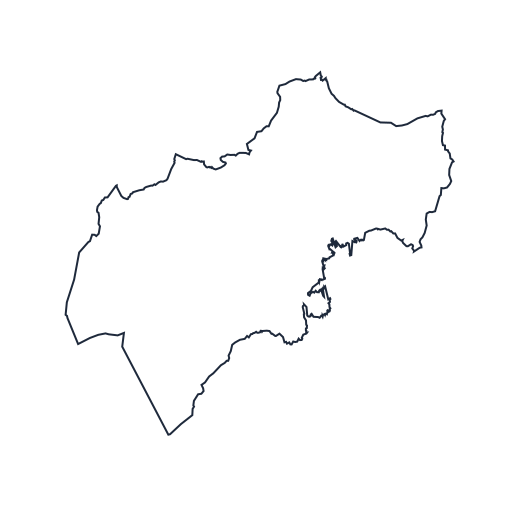 Oslo nor, Oslo, Norway (Natural Earth projection), rotated 282°
{"feature_id": "86288312B18463313731869", "entity_name": "Oslo nor", "entity_type": "district", "adm_level": 2, "iso_a3": "NOR", "parent_name": "Norway", "parent_adm1": "Oslo", "projection": "natural_earth1", "projection_center": [10.768, 59.972], "detail": "fine", "context": "isolated", "style": "outline", "palette": "slate", "viewbox_px": 512, "rotation_deg": 282, "n_neighbors": 0, "source": "geoboundaries", "source_scale": "gbopen_adm2", "svg_char_len": 6134}
<svg xmlns="http://www.w3.org/2000/svg" viewBox="0 0 512 512"><g transform="rotate(282 256 256)"><path d="M433.9,402.0L432.3,401.7L431.0,399.9L430.6,397.7L428.3,394.9L428.3,392.8L424.2,385.3L416.5,376.6L414.0,371.6L412.2,366.1L414.4,360.3L412.5,349.9L418.8,322.5L418.9,321.5L418.5,321.2L419.8,319.5L419.3,318.7L420.6,315.3L421.0,312.5L422.5,311.4L422.3,310.4L424.0,305.2L426.9,300.9L428.9,298.9L430.4,296.2L435.2,292.4L441.6,289.3L442.1,288.5L443.1,288.2L443.0,287.6L444.5,287.2L441.4,284.7L442.0,284.0L441.7,283.0L443.7,282.2L444.0,282.9L445.2,283.0L445.9,281.9L449.0,280.6L444.4,277.0L443.1,276.4L442.3,277.1L441.7,276.8L441.3,275.5L440.6,275.1L439.7,271.3L437.4,268.1L437.7,267.2L437.0,265.8L437.9,263.1L437.3,258.3L433.6,252.5L430.3,249.1L427.5,243.5L421.0,242.7L419.7,243.2L416.7,246.5L413.5,247.3L411.0,246.7L406.7,247.2L400.4,246.7L391.6,242.6L385.5,241.5L385.1,239.3L382.4,237.0L379.2,235.4L377.6,231.2L370.8,230.1L363.7,223.8L358.2,226.5L358.1,229.1L356.0,228.1L354.0,228.1L354.7,224.6L353.5,218.5L352.2,216.8L350.0,215.3L350.5,213.9L349.5,210.0L349.3,206.8L346.9,204.6L346.2,202.2L344.3,200.9L342.6,201.6L341.2,204.0L341.1,206.7L340.2,207.3L338.2,206.3L335.2,203.2L332.3,198.6L332.6,196.1L333.8,194.4L332.9,194.0L333.5,192.6L333.1,192.2L333.4,191.5L332.5,189.9L332.6,189.0L334.8,186.2L337.6,185.3L336.9,183.4L337.3,183.1L336.7,182.4L337.6,178.3L336.9,175.1L336.9,168.8L336.2,167.5L338.9,156.4L333.8,155.9L332.7,156.7L331.3,156.4L330.2,157.0L323.5,155.0L313.1,153.4L311.5,152.6L309.4,149.6L309.1,147.4L307.8,145.5L304.6,142.9L305.0,141.7L303.3,140.2L303.1,138.8L300.7,134.3L299.4,132.8L297.7,132.3L296.0,128.1L292.8,122.4L291.5,122.0L290.6,120.5L287.6,120.0L287.1,119.1L285.2,118.9L284.8,118.1L285.3,114.3L286.7,111.8L294.5,105.5L296.1,105.1L295.5,104.4L282.5,98.6L281.8,96.0L279.1,95.0L278.2,93.6L275.4,93.2L274.6,92.3L271.4,90.8L267.8,90.9L266.2,91.5L265.5,93.0L261.3,94.6L254.7,95.3L252.6,97.2L245.1,97.5L242.3,95.6L243.2,93.8L242.8,91.3L236.0,90.5L234.8,89.1L222.7,82.3L195.1,83.0L171.4,80.6L158.9,82.0L158.1,83.6L156.1,84.5L132.9,100.3L141.3,110.6L146.1,118.1L149.0,124.9L148.8,128.3L149.6,137.2L153.3,142.8L139.5,144.0L63.0,207.4L63.8,209.0L76.1,217.6L87.1,226.8L93.3,225.8L95.8,226.7L96.8,225.8L101.4,225.4L108.7,228.1L109.9,231.2L113.0,232.8L115.6,231.8L118.6,229.5L121.7,232.4L128.4,235.2L132.5,238.7L141.9,244.4L144.9,247.6L147.4,249.1L147.7,250.6L150.6,251.0L152.9,249.9L157.7,251.1L164.2,251.2L167.1,253.6L170.7,257.7L172.6,262.2L175.9,263.9L174.9,265.9L178.5,267.3L179.0,268.7L180.0,269.3L180.5,270.6L181.9,271.9L181.2,273.1L181.3,274.0L182.2,275.8L183.8,276.1L183.9,276.9L183.1,277.6L184.0,278.0L185.2,282.1L185.4,284.8L183.1,287.3L183.4,288.0L181.8,291.4L181.9,292.1L184.9,295.1L182.3,299.3L177.5,301.8L178.3,303.3L176.7,304.5L178.4,306.5L176.7,308.0L176.9,309.2L180.1,310.2L180.0,312.2L180.8,314.1L184.0,314.9L182.9,316.4L183.3,318.1L184.7,318.5L185.5,317.8L188.9,318.6L190.6,321.4L191.7,321.9L191.4,321.0L193.9,320.8L193.2,320.5L193.8,320.2L195.5,319.9L196.1,320.7L198.6,320.3L199.2,319.4L203.4,318.3L206.0,315.8L209.0,314.9L209.5,315.3L215.8,312.3L216.8,312.3L217.9,313.3L218.7,313.0L216.6,316.0L208.4,318.5L207.7,319.8L208.0,321.3L209.6,321.7L208.7,321.8L209.1,322.2L210.3,321.8L211.0,322.4L208.5,324.9L209.2,329.5L208.8,331.1L211.3,332.3L211.5,333.0L211.0,333.4L211.8,333.3L211.2,333.8L212.1,333.8L213.3,335.0L212.9,335.4L213.6,335.3L214.0,336.0L213.4,336.4L214.7,337.2L214.4,337.5L215.7,337.6L216.2,338.3L217.1,337.1L217.8,337.3L217.3,339.0L217.4,339.5L218.5,339.5L217.9,339.9L219.3,339.0L220.3,339.6L221.3,338.5L224.0,337.8L224.9,336.7L226.5,337.9L228.6,337.1L229.4,337.7L230.1,337.2L228.6,335.7L240.5,330.0L239.7,329.6L240.1,329.1L238.5,329.4L238.9,329.1L238.3,329.0L238.7,328.2L238.2,328.1L230.3,331.0L231.0,330.0L236.7,326.6L235.6,326.1L236.0,325.5L235.3,325.0L233.6,325.0L233.3,323.2L234.4,321.6L232.3,320.6L232.8,319.2L231.6,318.0L231.8,317.3L228.3,316.7L228.8,315.1L229.7,314.7L230.6,314.6L233.3,317.0L237.2,317.9L243.1,322.9L245.0,322.6L244.9,323.0L244.1,323.0L243.6,323.3L246.5,323.3L246.2,324.9L246.7,324.8L246.7,326.3L248.1,328.2L248.9,327.9L248.7,327.2L257.7,323.6L256.4,324.7L258.3,325.8L258.9,324.9L258.5,322.8L259.3,324.8L260.3,324.2L260.5,324.9L261.0,324.9L260.6,324.0L264.0,322.1L264.4,322.7L265.1,321.8L265.5,321.9L264.7,323.2L265.8,322.0L266.7,322.2L265.9,323.5L266.9,322.3L267.4,322.4L266.9,323.3L267.7,322.8L267.7,324.8L266.4,325.2L266.5,325.6L267.6,325.3L268.9,328.1L270.0,328.2L272.7,331.5L273.2,331.3L273.1,331.8L274.0,331.9L274.7,330.7L275.5,331.9L276.0,331.2L275.3,329.7L276.6,329.9L278.4,326.5L278.1,326.3L280.9,324.5L282.9,324.9L281.7,324.7L281.2,325.7L282.8,326.2L282.6,327.2L284.0,327.6L282.6,327.7L282.2,328.5L283.9,328.8L286.4,326.5L288.6,326.7L289.1,327.4L281.1,332.0L282.6,333.1L286.6,330.7L287.3,331.1L282.6,336.7L283.0,336.9L282.3,337.8L283.0,338.4L285.8,337.9L283.5,339.7L285.4,342.0L287.0,341.6L287.9,342.8L287.3,344.3L278.9,347.2L279.2,347.9L278.9,348.2L277.3,348.5L277.0,347.8L278.0,347.5L277.6,347.1L276.0,347.9L276.7,349.0L290.7,347.2L290.1,349.5L290.5,349.6L290.1,351.2L290.7,351.4L291.9,351.2L292.7,348.6L293.3,348.5L294.8,351.4L292.2,354.2L293.5,355.0L293.3,355.9L293.9,355.9L294.0,356.5L293.3,357.1L293.7,357.0L293.6,357.7L294.1,358.2L301.4,358.0L304.3,361.6L304.8,363.2L307.8,367.6L308.0,368.7L307.4,369.6L307.9,370.0L307.7,372.2L309.8,376.7L308.9,378.6L309.3,380.2L307.9,382.3L308.4,383.1L306.6,385.6L307.0,387.4L303.1,390.6L301.3,394.8L302.3,396.2L301.0,395.9L299.3,397.2L296.9,401.1L297.1,402.5L299.7,405.2L299.3,406.9L298.3,407.6L295.9,407.3L293.9,409.6L293.2,409.6L298.1,414.4L298.8,416.1L300.6,415.5L303.8,413.1L306.6,413.5L308.8,414.9L313.6,416.2L321.3,416.6L327.0,414.5L333.0,414.1L335.2,416.6L335.5,419.1L337.0,421.9L352.7,423.1L354.1,424.1L361.0,423.2L361.2,425.6L362.7,428.6L366.8,430.7L369.9,431.4L375.4,428.1L381.4,427.1L388.4,428.3L389.5,429.6L391.2,427.9L391.9,425.9L396.5,424.2L398.2,422.2L399.3,421.8L399.4,418.8L403.3,417.9L403.3,415.8L407.1,414.0L411.9,413.2L415.3,413.3L415.9,412.5L418.6,412.5L421.2,411.3L427.2,411.6L429.1,412.5L433.8,407.7L436.8,407.3L435.6,403.8L433.9,402.0Z" fill="none" stroke="#1e293b" stroke-width="2"/></g></svg>